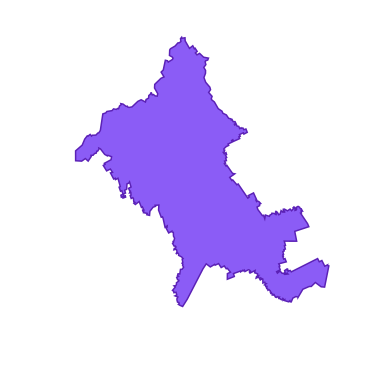 the district of Soteapan, Veracruz, Mexico, rotated 334°
{"feature_id": "50627088B11342287528543", "entity_name": "Soteapan", "entity_type": "district", "adm_level": 2, "iso_a3": "MEX", "parent_name": "Mexico", "parent_adm1": "Veracruz", "projection": "mercator", "projection_center": [-94.904, 18.229], "detail": "fine", "context": "isolated", "style": "filled", "palette": "violet", "viewbox_px": 384, "rotation_deg": 334, "n_neighbors": 0, "source": "geoboundaries", "source_scale": "gbopen_adm2", "svg_char_len": 6087}
<svg xmlns="http://www.w3.org/2000/svg" viewBox="0 0 384 384"><g transform="rotate(334 192 192)"><path d="M233.0,334.3L236.1,331.6L239.5,331.5L241.2,332.8L241.0,333.3L249.0,328.0L255.9,328.3L257.8,329.2L263.2,327.4L266.5,333.8L269.5,335.6L282.6,318.4L281.4,317.3L281.8,316.9L278.8,316.9L278.7,310.5L275.8,310.5L275.7,306.9L246.2,307.3L245.8,305.5L243.9,305.4L244.3,305.0L243.4,304.3L244.2,303.4L243.8,302.8L240.8,303.2L240.5,304.8L239.9,305.1L240.4,306.5L241.9,306.6L242.3,307.8L239.2,306.7L238.4,305.0L237.4,304.6L236.4,301.6L233.2,302.4L233.1,300.7L237.2,300.6L237.6,297.3L238.5,297.1L238.5,294.6L246.1,296.1L246.4,292.6L245.0,292.5L245.3,289.6L245.9,289.8L246.2,288.2L246.9,288.3L247.5,285.5L249.1,285.4L249.3,284.1L250.9,284.2L251.5,280.9L252.6,281.0L253.4,276.6L264.5,282.1L267.1,272.4L281.8,274.4L282.0,271.2L280.3,258.6L281.2,258.8L281.7,256.9L282.9,257.6L282.8,254.9L282.1,254.6L282.0,252.8L281.0,251.4L279.0,251.5L278.5,253.3L277.5,253.9L276.5,253.7L277.6,251.8L277.1,250.1L275.9,250.5L275.9,251.4L273.3,252.5L272.7,250.3L269.6,250.8L267.6,247.9L266.5,247.5L265.7,249.0L266.8,249.7L266.4,250.7L264.6,249.8L263.9,247.8L261.5,250.4L260.0,250.5L259.8,247.7L259.0,246.2L258.3,246.6L258.2,248.8L257.6,249.2L256.5,247.3L254.5,246.1L253.8,246.9L252.2,246.8L250.9,247.8L247.9,244.9L245.7,247.9L246.1,244.3L244.9,244.1L243.5,236.5L243.9,234.0L246.8,233.9L247.4,232.5L248.7,232.5L248.0,230.2L246.9,228.7L245.9,228.9L245.9,227.2L246.7,227.1L246.9,219.8L241.0,219.9L241.3,221.6L239.5,222.0L237.0,205.0L235.5,205.2L233.9,199.0L232.9,199.2L232.3,195.4L238.4,194.4L236.6,193.0L235.0,183.2L234.0,183.6L233.5,180.7L234.6,180.4L234.8,181.5L234.8,178.5L236.7,178.9L237.1,176.3L238.3,176.2L238.2,173.5L239.5,173.5L239.8,171.5L237.7,171.7L237.5,170.1L238.2,170.3L239.7,168.8L239.1,168.3L239.7,167.1L242.6,166.2L242.4,165.7L243.0,166.2L245.4,166.2L245.4,164.7L250.2,164.7L250.2,163.1L251.6,162.9L251.6,164.7L258.3,164.9L258.3,163.0L259.8,163.0L259.8,161.2L264.1,161.3L264.0,162.7L267.8,162.6L268.1,159.0L265.9,158.7L265.8,156.8L264.2,156.3L264.2,155.8L262.7,155.9L262.8,153.5L261.4,152.5L261.5,150.4L259.8,150.5L259.8,149.6L261.5,149.4L261.5,147.6L259.8,146.8L259.8,144.4L258.9,144.4L259.1,143.3L257.2,141.8L256.7,137.8L254.3,134.8L254.4,132.5L252.1,128.6L251.6,120.9L250.1,117.7L250.2,116.7L252.0,114.8L250.6,109.8L253.5,108.2L254.0,105.6L252.4,99.4L252.9,94.4L256.2,91.2L257.5,88.6L257.2,85.2L260.3,83.6L260.9,80.7L261.7,80.1L264.0,80.3L265.5,78.9L261.5,75.9L259.6,70.7L256.6,70.9L256.0,68.5L258.3,67.9L257.8,64.1L256.9,64.3L256.8,60.9L252.7,61.8L252.1,53.2L253.3,50.3L250.3,49.4L250.5,48.4L248.9,49.1L248.0,51.9L246.0,52.3L244.7,51.8L240.8,53.4L235.4,53.8L234.2,54.6L231.6,59.4L233.4,62.0L233.6,63.4L232.6,64.3L227.6,64.8L227.5,63.3L225.8,61.9L219.7,69.7L216.8,70.7L217.3,76.3L213.9,76.2L205.7,78.9L203.9,82.1L204.3,88.6L202.8,90.6L201.0,89.5L200.1,87.5L198.8,87.3L199.0,85.1L198.4,84.9L197.4,85.9L195.5,86.3L194.1,88.6L191.3,88.7L189.6,90.7L186.7,86.8L183.0,86.8L175.4,89.2L172.5,88.4L171.5,87.5L171.5,86.5L170.3,86.2L168.6,82.8L166.8,81.4L166.7,82.4L164.6,82.9L162.5,85.0L161.7,84.3L160.2,84.6L157.9,82.9L155.8,83.8L150.8,82.3L149.2,83.1L146.1,82.7L136.6,96.5L134.1,98.0L133.3,97.7L130.5,98.7L127.3,97.3L126.2,97.7L125.7,95.6L123.0,96.2L122.5,95.6L118.8,97.4L113.9,101.7L105.4,104.0L101.1,112.9L106.4,115.9L110.8,115.2L112.2,118.7L117.0,115.9L117.3,114.8L119.2,115.6L121.3,114.7L122.9,115.1L124.3,113.6L125.2,113.9L127.2,112.7L127.5,111.7L128.6,113.1L130.0,119.9L131.8,122.5L132.5,122.2L135.2,125.0L133.4,127.5L125.8,127.8L126.0,129.0L123.9,129.2L124.5,135.6L128.7,135.6L129.2,139.5L127.1,139.1L127.3,146.0L129.0,146.0L128.7,147.3L131.5,147.2L129.9,155.7L128.6,155.7L128.1,160.0L129.5,160.1L129.0,163.8L126.7,163.7L126.2,165.7L127.6,165.8L127.3,167.2L130.1,167.5L130.4,166.1L128.7,165.9L129.6,163.8L131.8,163.8L132.2,160.9L134.4,160.9L137.1,156.2L139.0,156.3L140.3,155.5L139.4,160.8L136.6,160.9L136.5,163.8L136.9,164.1L135.5,165.4L136.8,165.6L135.8,168.1L134.9,168.1L134.5,171.2L136.3,171.1L136.5,172.2L135.4,175.2L136.2,176.3L134.8,176.6L135.6,178.4L140.3,177.4L139.8,183.7L140.9,183.6L140.8,186.4L139.6,186.6L139.5,187.6L140.5,187.7L139.3,189.3L142.4,191.6L141.4,192.6L143.6,194.4L145.7,190.9L150.3,188.6L152.9,188.9L153.0,187.8L156.5,189.2L154.0,193.6L153.3,201.2L154.6,201.4L154.5,202.8L152.3,211.9L154.9,211.6L154.2,212.8L152.9,213.0L153.1,218.6L156.5,218.4L156.2,218.8L157.5,220.1L156.0,223.6L156.1,225.9L154.2,228.1L153.3,228.1L153.2,229.2L152.0,229.6L152.2,232.8L153.4,233.4L153.5,234.3L152.9,235.0L151.3,235.0L150.4,236.0L152.4,236.5L152.8,237.2L152.3,239.2L150.4,240.8L152.4,240.3L152.8,242.0L152.2,243.1L154.2,245.8L154.8,248.0L153.7,248.1L152.9,251.2L151.8,251.6L152.2,252.9L151.4,253.7L151.5,255.9L149.2,257.1L147.7,256.5L145.1,260.3L143.6,259.4L142.3,260.8L143.0,261.8L140.8,262.0L140.6,264.5L141.5,265.5L141.1,266.2L138.2,266.8L137.5,268.3L136.3,269.0L134.7,268.5L135.3,270.1L131.3,271.9L132.0,273.2L131.6,274.6L133.7,275.1L133.2,277.9L131.2,277.9L133.3,280.2L131.6,281.4L131.1,282.6L130.7,284.6L131.8,285.6L131.5,286.7L130.5,287.0L131.5,288.6L133.4,290.8L140.7,286.3L168.0,266.0L173.3,262.8L175.6,267.4L180.6,267.0L180.7,267.9L184.5,268.0L185.1,272.7L188.6,272.6L189.1,276.0L190.3,276.1L191.4,280.9L188.0,280.9L185.5,285.9L193.0,286.5L193.5,283.5L200.8,284.3L200.7,285.1L203.1,284.6L203.3,285.4L204.7,285.0L204.7,286.7L208.7,286.6L209.4,287.3L209.8,288.7L208.5,289.0L208.6,290.3L214.3,290.2L212.9,292.1L215.1,294.2L214.3,295.6L215.1,296.1L212.8,296.4L211.9,297.5L214.6,297.6L214.8,301.0L216.2,300.9L216.3,299.7L217.5,301.3L215.8,304.9L217.8,305.0L217.6,306.1L218.5,306.9L216.5,307.3L217.0,307.8L216.8,310.2L217.2,309.3L218.0,309.7L216.8,311.5L217.5,312.4L217.2,313.6L218.4,313.6L219.0,315.1L218.5,316.3L219.3,317.0L218.4,317.8L219.7,319.0L219.0,319.8L220.2,320.5L220.1,320.0L220.8,320.1L220.9,323.0L221.5,323.0L221.6,323.7L223.3,323.6L223.4,324.5L224.5,324.8L223.4,325.8L224.4,326.5L224.9,327.7L225.6,328.3L227.0,327.5L227.4,328.9L226.9,329.3L228.2,329.4L227.6,330.2L230.6,333.0L232.3,332.6L232.1,333.7L233.0,334.3Z" fill="#8b5cf6" stroke="#5b21b6" stroke-width="1.5"/></g></svg>